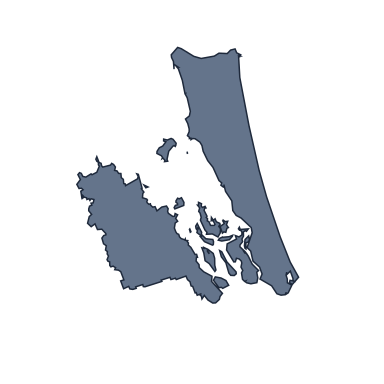 Redland, Queensland, Australia, rotated 332°
{"feature_id": "25037944B35450059513963", "entity_name": "Redland", "entity_type": "district", "adm_level": 2, "iso_a3": "AUS", "parent_name": "Australia", "parent_adm1": "Queensland", "projection": "equal_earth", "projection_center": [153.338, -27.564], "detail": "fine", "context": "isolated", "style": "filled", "palette": "slate", "viewbox_px": 384, "rotation_deg": 332, "n_neighbors": 0, "source": "geoboundaries", "source_scale": "gbopen_adm2", "svg_char_len": 6102}
<svg xmlns="http://www.w3.org/2000/svg" viewBox="0 0 384 384"><g transform="rotate(332 192 192)"><path d="M238.1,61.1L237.1,63.6L236.9,68.0L233.8,75.1L236.0,70.7L238.4,75.2L237.3,74.6L237.8,76.8L235.9,88.8L232.0,101.8L232.7,102.0L232.0,102.6L232.0,106.6L228.4,120.0L225.4,123.6L220.5,124.5L220.4,129.6L219.1,135.0L217.8,137.4L214.4,140.1L215.4,142.6L214.8,143.6L216.3,144.0L215.7,145.3L217.7,145.1L219.7,146.4L222.4,151.7L222.6,155.7L221.0,161.2L220.6,171.7L222.1,180.1L221.2,194.6L222.5,197.9L220.7,199.6L222.0,202.4L222.9,202.4L223.6,200.4L221.9,207.3L223.0,218.5L219.3,227.5L220.0,233.4L223.1,238.0L227.6,251.2L226.0,256.2L214.6,266.9L216.1,271.7L213.4,281.7L216.4,290.0L215.4,297.3L211.2,300.8L218.3,312.2L219.2,321.7L222.2,324.9L226.0,326.4L228.1,324.8L227.3,326.4L229.6,326.2L236.4,321.2L233.6,316.9L235.3,313.5L236.0,309.6L238.0,307.2L236.6,309.5L241.7,308.0L240.5,316.1L239.6,317.3L240.0,318.4L237.1,316.0L235.5,317.8L237.2,320.7L246.1,317.3L245.8,300.0L248.8,273.0L255.6,231.2L261.4,204.5L273.5,160.0L287.9,113.5L296.5,94.8L297.3,94.9L297.1,94.0L298.9,94.8L298.1,93.2L299.1,93.3L296.8,90.1L297.2,85.9L292.7,84.8L288.1,86.3L281.0,82.1L275.5,82.5L262.8,78.4L257.3,73.1L249.8,60.4L247.2,57.6L238.1,61.1ZM87.3,224.3L90.4,226.5L91.7,228.9L90.6,237.6L87.3,237.0L86.2,245.3L91.8,245.6L91.6,248.4L94.0,250.2L97.5,250.9L97.7,249.3L105.1,250.6L104.6,252.7L106.0,253.6L123.4,256.8L123.4,255.3L132.5,257.0L132.3,259.4L136.8,260.3L137.0,261.9L147.2,263.4L146.9,267.3L148.1,270.3L147.1,274.5L148.3,275.7L147.4,282.6L148.5,282.8L148.1,285.6L152.7,286.2L150.4,286.1L151.4,288.4L150.6,291.1L154.3,289.1L155.4,295.0L158.2,299.8L160.8,301.0L165.7,299.7L167.7,297.4L171.3,295.8L167.3,280.1L170.1,275.8L164.9,268.0L162.9,262.2L164.1,259.4L163.2,254.9L165.3,251.7L166.2,252.2L166.8,249.2L165.4,248.7L165.0,240.3L163.8,237.1L164.9,235.4L164.5,233.5L165.4,232.9L163.4,231.5L163.9,230.4L163.2,230.8L160.6,228.1L159.9,225.9L160.4,223.1L159.2,221.7L159.0,219.7L159.5,215.6L162.6,211.5L165.6,211.1L165.2,207.6L168.6,205.4L167.0,203.1L165.2,205.2L163.6,204.6L161.1,199.7L161.4,197.6L163.1,195.6L162.9,192.4L158.3,191.1L152.2,192.2L152.5,187.6L150.2,186.9L149.3,184.3L149.7,182.9L148.2,182.6L147.4,180.6L147.5,179.3L148.9,178.2L148.7,177.0L145.6,173.8L147.9,170.2L149.5,169.5L148.8,165.4L149.7,165.3L152.9,151.2L151.8,150.1L151.8,153.0L150.1,154.8L136.3,155.2L136.9,153.6L135.7,152.5L137.3,148.6L136.3,146.1L137.9,142.3L135.9,141.1L135.7,138.2L133.8,136.6L136.1,134.0L135.7,130.9L134.5,129.0L132.7,130.0L124.9,128.1L124.5,126.4L125.2,124.0L123.8,122.3L124.5,116.2L122.5,117.9L122.4,120.2L123.3,121.8L122.1,124.1L122.3,125.7L117.2,129.9L111.8,129.8L111.4,128.6L105.3,129.0L102.9,127.0L103.0,123.6L101.8,122.1L99.4,123.1L99.3,128.6L93.9,131.2L93.9,135.9L96.2,136.8L96.9,138.9L94.2,139.1L92.2,144.9L93.9,143.6L94.2,144.9L93.1,146.0L94.3,145.8L96.2,147.7L95.7,149.3L97.9,149.5L97.9,151.5L99.7,150.6L101.9,152.6L99.7,155.2L97.6,154.5L97.4,156.6L94.9,156.4L92.9,158.4L92.0,160.1L92.9,164.6L89.7,165.5L85.1,170.6L86.7,175.3L91.4,174.6L90.9,180.8L94.9,182.5L96.4,188.2L95.9,189.4L93.6,189.0L90.8,190.4L89.6,196.2L91.1,199.2L88.4,202.6L89.3,204.9L88.0,206.9L88.2,209.3L85.2,211.9L85.3,213.7L86.5,215.0L84.9,218.3L85.2,220.0L87.5,220.4L89.0,223.0L87.3,224.3ZM200.9,300.7L206.7,302.5L209.8,298.7L211.5,293.2L213.9,292.6L211.3,284.0L211.6,274.9L211.1,271.5L210.0,270.7L209.9,269.4L211.1,270.9L210.9,269.7L208.6,262.9L209.5,261.3L213.4,259.6L214.0,257.0L216.8,255.1L218.6,251.4L220.9,251.1L221.6,252.3L224.4,251.0L217.0,247.7L217.3,245.3L215.7,246.3L216.0,248.0L217.1,248.8L217.2,251.0L215.9,253.3L212.4,253.7L209.8,250.8L209.3,254.4L198.7,254.3L195.3,259.4L196.1,273.4L197.5,274.0L200.1,271.4L202.2,273.3L203.1,276.1L202.6,278.1L200.0,281.3L200.0,285.1L197.7,286.7L195.6,292.8L196.5,295.7L197.5,295.8L196.9,296.1L197.6,297.8L200.9,300.7ZM191.3,209.6L188.8,212.3L189.2,214.5L188.2,218.7L186.2,220.8L185.6,231.7L186.3,234.6L184.9,236.1L190.3,238.6L193.8,243.9L197.7,241.4L199.9,237.8L199.5,234.9L201.6,233.8L201.8,232.7L199.5,229.7L199.8,226.5L197.6,227.0L197.2,223.6L195.5,226.4L196.5,226.3L197.2,228.3L197.1,231.4L195.9,231.9L192.7,230.2L193.0,226.1L191.9,224.6L193.2,222.9L192.6,221.2L193.9,220.4L194.0,214.0L195.6,212.2L196.8,212.6L196.8,210.8L194.0,210.6L193.5,208.8L194.9,206.8L192.9,204.2L191.6,206.7L190.7,206.2L191.3,209.6ZM182.0,152.3L185.0,153.4L185.3,151.4L190.6,145.1L196.6,142.6L198.0,142.6L198.6,143.9L199.6,143.2L200.9,141.5L200.0,136.6L198.7,134.9L194.6,134.5L191.8,132.0L190.9,133.6L192.5,135.4L187.7,137.7L183.9,137.6L180.2,139.7L179.1,141.5L182.0,145.6L182.2,147.7L181.4,148.4L182.2,148.3L183.0,151.3L182.0,152.3ZM173.8,251.4L171.3,258.8L173.6,263.3L174.9,272.9L176.5,272.1L177.7,267.4L180.9,261.1L181.9,256.2L179.2,250.3L177.9,251.6L178.4,253.1L178.1,254.7L177.8,251.5L178.9,249.9L176.4,246.5L176.2,247.4L174.5,245.9L173.8,251.4ZM169.5,280.0L170.9,289.2L173.1,289.9L173.9,291.5L180.6,291.6L180.4,286.1L177.3,281.6L172.7,277.9L169.5,280.0ZM190.0,270.1L190.2,258.7L188.9,256.7L187.5,263.0L188.7,270.4L186.5,280.9L187.1,283.8L190.1,285.6L192.7,285.0L193.4,283.2L190.0,270.1ZM168.9,198.9L178.4,200.0L180.0,197.4L180.0,192.1L177.5,192.0L176.4,190.7L173.7,192.3L173.0,193.5L173.8,195.2L173.3,196.5L171.0,196.0L168.9,197.4L168.9,198.9ZM178.4,235.2L179.7,241.7L185.1,248.5L186.1,248.5L187.7,246.0L188.1,243.7L182.3,239.8L180.7,234.8L179.7,235.5L178.4,235.2ZM205.7,235.0L200.6,235.7L199.5,242.6L201.4,242.2L202.9,243.5L205.8,240.4L207.4,240.5L207.0,237.1L209.8,234.6L207.4,233.7L206.4,231.6L205.8,232.5L205.6,231.2L205.7,235.0ZM203.8,248.9L197.7,246.3L198.4,246.1L194.3,245.9L192.6,246.9L195.3,249.3L202.7,251.7L206.8,250.1L207.6,249.3L203.8,248.9ZM177.3,230.1L179.5,235.1L181.6,232.1L181.6,226.7L180.1,227.5L179.7,226.5L181.7,225.7L181.8,222.3L179.2,223.9L178.4,226.3L178.7,228.6L177.3,230.1ZM212.4,266.6L212.9,267.6L215.7,262.2L218.4,262.5L220.3,261.1L221.4,257.4L216.5,258.9L213.0,264.1L212.4,266.6ZM152.9,163.4L153.2,166.6L155.5,166.9L152.9,163.4ZM171.6,226.7L172.4,226.6L172.7,223.6L172.2,223.8L171.6,226.7ZM206.7,154.1L206.0,155.6L206.0,156.2L206.7,154.1Z" fill="#64748b" stroke="#1e293b" stroke-width="1.5"/></g></svg>